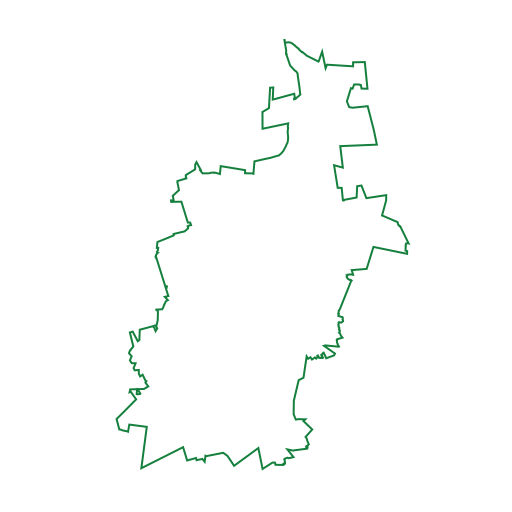 City of Johannesburg, Gauteng, South Africa (Mercator projection), rotated 175°
{"feature_id": "47623444B15418766532839", "entity_name": "City of Johannesburg", "entity_type": "district", "adm_level": 2, "iso_a3": "ZAF", "parent_name": "South Africa", "parent_adm1": "Gauteng", "projection": "mercator", "projection_center": [27.967, -26.215], "detail": "fine", "context": "isolated", "style": "outline", "palette": "green", "viewbox_px": 512, "rotation_deg": 175, "n_neighbors": 0, "source": "geoboundaries", "source_scale": "gbopen_adm2", "svg_char_len": 5864}
<svg xmlns="http://www.w3.org/2000/svg" viewBox="0 0 512 512"><g transform="rotate(175 256 256)"><path d="M388.7,54.6L345.3,71.9L342.4,58.3L333.4,60.0L333.0,57.8L327.1,58.5L325.1,55.5L323.8,61.2L323.5,60.9L305.8,62.8L301.8,59.3L296.1,48.9L270.4,64.5L268.0,43.3L257.5,48.8L255.1,48.5L254.8,46.3L247.3,45.5L247.2,46.2L247.1,46.4L246.8,46.7L246.4,46.8L246.2,46.7L245.7,46.5L245.6,46.3L245.3,46.6L245.2,46.8L245.1,47.4L245.1,47.9L245.2,48.2L245.2,49.6L245.3,50.2L245.6,50.9L245.4,51.3L245.2,51.5L243.0,52.1L242.1,52.3L240.9,51.7L236.2,52.4L241.6,60.6L236.4,59.0L222.4,59.6L221.7,59.7L221.3,60.9L222.7,61.5L222.6,62.0L222.2,62.2L221.5,62.5L220.8,62.9L219.8,63.8L220.9,67.0L221.6,70.3L222.4,71.4L215.1,78.3L223.1,87.4L221.1,89.0L228.1,89.8L230.5,89.5L231.4,92.1L232.2,94.8L232.3,94.9L231.0,107.8L231.0,108.3L224.3,128.6L219.3,130.6L214.3,151.6L213.0,149.1L210.6,150.4L209.3,148.0L206.1,149.8L205.0,148.5L204.8,148.6L203.3,150.5L203.6,151.2L203.0,151.5L202.0,149.0L198.5,148.6L198.1,148.8L198.9,150.6L199.3,150.5L199.5,151.5L199.2,151.7L199.4,152.0L197.5,153.2L197.6,153.5L197.0,153.8L194.9,148.0L186.9,150.2L185.8,151.9L196.1,160.6L194.8,160.9L181.4,158.4L181.2,158.7L181.7,159.0L181.9,159.2L182.0,159.8L182.4,161.0L182.3,161.3L182.4,161.6L182.8,162.7L182.9,162.9L182.8,163.9L182.9,164.5L182.6,164.7L182.8,165.7L182.4,166.0L177.0,167.1L178.4,169.3L179.1,171.5L179.7,172.1L179.4,172.2L179.3,172.3L179.3,172.6L179.4,172.9L179.5,173.2L179.4,173.7L179.2,173.8L179.2,174.0L178.9,174.5L179.0,174.7L179.6,175.3L179.8,175.7L179.7,176.0L179.3,176.8L179.2,177.0L179.5,177.5L179.5,177.8L179.9,178.3L179.9,178.7L179.8,179.2L179.9,179.6L179.7,179.6L179.7,179.8L179.9,180.1L179.9,180.5L179.7,180.8L179.6,181.3L179.6,181.5L179.6,182.3L179.2,182.6L179.0,182.8L178.8,182.7L178.6,182.8L178.4,182.7L177.4,182.3L176.9,182.2L176.3,182.5L175.4,183.3L175.0,183.4L175.0,184.2L174.9,184.3L175.0,184.8L175.3,185.3L175.0,186.3L174.9,186.9L175.1,187.5L179.2,189.1L178.5,191.1L179.1,191.4L178.2,194.1L178.3,194.3L177.3,195.3L163.3,223.0L162.9,223.2L163.1,223.5L164.1,224.0L164.7,224.0L165.0,224.1L165.8,224.8L166.5,225.3L166.9,225.9L167.2,226.7L167.2,227.1L167.5,227.4L167.5,227.6L167.3,228.2L167.3,228.3L167.2,228.2L167.0,228.6L166.7,228.7L166.4,229.4L163.6,229.4L162.7,229.3L160.9,228.8L161.9,233.6L146.9,233.5L138.2,254.8L105.3,245.0L105.0,247.7L106.6,248.4L105.9,253.0L106.1,253.1L105.5,255.3L103.8,255.5L102.9,255.2L109.4,272.2L110.4,273.2L110.1,273.3L111.6,274.8L112.0,277.4L126.9,285.4L121.5,300.0L121.0,305.3L141.0,304.0L144.8,317.0L149.1,316.7L150.7,305.5L163.7,304.2L163.8,303.6L164.1,303.6L164.4,303.7L164.5,303.8L164.6,304.2L164.6,305.1L164.7,316.4L168.7,316.8L168.7,317.3L170.3,339.6L161.8,336.5L162.5,358.1L125.9,356.4L127.7,371.5L131.7,395.5L146.9,395.3L150.2,396.2L152.0,402.1L146.8,414.9L145.2,414.3L143.3,418.3L138.7,417.9L137.4,417.5L137.3,417.2L137.1,417.1L136.9,417.3L136.6,417.2L136.3,413.6L130.4,412.9L130.7,439.7L142.4,440.5L142.8,436.5L168.6,440.4L170.3,437.0L172.3,453.8L176.6,444.4L176.8,444.2L187.8,451.0L192.0,455.2L192.4,455.0L194.9,457.6L194.9,458.1L195.6,458.7L195.9,459.3L196.3,459.5L199.0,462.2L199.2,462.7L199.3,462.8L199.8,463.0L201.7,464.8L202.2,465.1L203.1,465.6L204.5,466.0L205.1,466.0L208.5,466.1L208.7,468.7L208.9,468.7L208.0,458.2L208.4,455.5L208.4,454.5L207.9,454.3L208.1,453.8L205.6,443.6L205.3,442.7L204.8,442.0L201.5,437.7L201.1,437.3L199.8,436.2L199.5,435.8L198.7,434.1L198.6,433.6L198.7,432.1L197.9,418.8L198.0,419.4L197.9,414.2L197.7,413.0L199.1,412.0L199.2,411.8L201.9,410.0L202.3,409.6L202.7,409.2L204.4,408.8L204.4,409.5L203.5,410.3L203.8,414.3L224.1,410.6L225.7,410.4L224.1,422.4L227.3,422.4L229.4,407.8L230.2,402.2L237.0,398.9L238.4,382.2L212.4,385.3L212.7,384.5L212.6,383.8L213.0,382.6L213.1,381.8L212.9,381.3L212.8,380.6L213.3,379.2L213.4,378.0L213.7,376.7L213.6,372.3L213.8,369.9L214.4,367.2L215.0,365.7L215.7,364.7L216.9,362.4L219.4,358.6L220.2,357.7L221.2,356.6L223.7,354.7L224.1,354.3L233.3,352.5L238.3,351.9L245.6,350.9L247.4,350.7L249.3,350.4L251.4,338.1L252.6,338.6L259.7,339.4L259.4,342.5L283.3,348.6L284.8,340.8L289.1,342.5L289.4,342.4L290.8,342.6L290.8,342.8L292.6,342.9L295.9,342.5L302.1,343.0L303.1,344.6L304.2,346.3L303.5,346.5L307.1,354.7L308.6,352.3L309.1,347.6L318.9,342.7L319.0,340.9L318.9,341.0L318.6,339.4L327.7,337.5L327.9,336.5L327.0,328.3L333.6,323.3L333.5,322.1L333.2,318.6L335.8,318.8L335.8,317.3L325.6,316.6L321.0,295.3L318.6,295.0L318.0,292.4L320.0,292.2L321.5,291.7L321.1,289.8L321.3,289.4L325.1,286.7L328.9,286.2L336.2,285.1L336.1,283.7L353.0,278.5L353.3,276.9L353.3,276.7L353.4,276.4L354.1,272.7L352.7,272.6L353.3,270.0L354.2,269.0L354.3,267.4L353.9,267.4L355.2,266.2L356.0,264.3L355.6,264.3L355.6,262.4L355.3,262.4L348.9,233.1L347.5,233.7L347.4,233.5L348.0,231.7L348.2,231.3L348.5,231.1L346.8,223.8L350.4,223.2L347.7,219.8L348.1,219.7L349.9,218.5L351.4,215.8L351.6,215.8L353.0,212.7L353.5,211.9L354.1,211.1L360.0,211.3L360.0,211.2L359.2,211.2L359.2,210.3L358.7,209.6L358.6,209.3L358.7,207.3L359.5,200.9L359.7,199.9L361.1,195.6L362.1,195.6L360.7,192.5L362.6,189.9L363.6,193.5L364.3,194.2L364.2,194.2L364.0,195.2L378.2,192.7L379.5,182.5L381.2,181.4L385.4,191.4L388.3,190.8L386.1,176.5L389.4,173.2L389.3,172.9L390.1,172.3L391.0,170.2L388.8,167.2L388.6,167.0L390.7,163.0L389.2,160.1L385.3,159.6L387.7,155.0L386.8,152.7L382.7,152.7L383.0,149.0L381.9,146.1L379.3,147.6L377.0,141.5L376.1,140.9L377.2,139.5L374.7,135.5L379.1,133.3L384.8,133.6L385.1,133.7L384.9,132.6L384.9,132.3L384.9,132.1L384.8,131.9L384.5,131.6L383.3,129.3L383.2,128.9L383.3,128.8L383.6,128.6L384.2,128.6L386.4,128.6L386.9,128.8L386.1,133.7L392.9,134.1L393.8,131.3L392.6,131.7L387.9,123.6L391.9,120.2L404.7,109.4L408.6,106.2L408.7,105.9L409.1,105.7L407.3,95.1L406.8,95.1L405.9,94.8L404.3,94.0L403.5,93.7L402.1,93.3L401.4,93.1L400.9,92.9L399.7,92.6L398.8,92.1L396.9,99.1L379.7,95.3L388.7,54.6Z" fill="none" stroke="#15803d" stroke-width="2"/></g></svg>